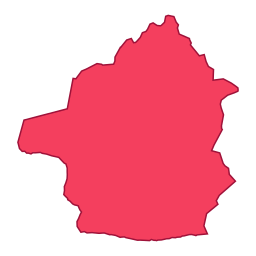 Bokkos, Plateau, Nigeria
{"feature_id": "59680162B1032840889978", "entity_name": "Bokkos", "entity_type": "district", "adm_level": 2, "iso_a3": "NGA", "parent_name": "Nigeria", "parent_adm1": "Plateau", "projection": "robinson", "projection_center": [8.917, 9.236], "detail": "fine", "context": "isolated", "style": "filled", "palette": "rose", "viewbox_px": 256, "rotation_deg": 0, "n_neighbors": 0, "source": "geoboundaries", "source_scale": "gbopen_adm2", "svg_char_len": 2128}
<svg xmlns="http://www.w3.org/2000/svg" viewBox="0 0 256 256"><path d="M17.9,142.3L19.5,148.6L20.4,149.5L22.2,151.4L24.8,151.3L26.6,153.1L28.4,153.1L31.0,153.9L32.7,152.8L35.2,152.8L40.4,152.4L42.2,153.3L46.6,154.1L51.8,155.8L54.5,156.4L57.6,157.1L58.8,157.4L61.5,160.3L64.2,163.1L66.0,164.0L66.2,164.8L67.2,168.0L67.2,171.8L67.3,174.7L67.1,178.7L65.9,182.7L64.3,186.7L64.4,187.7L64.5,190.5L63.8,194.6L65.4,196.3L65.6,196.5L67.6,198.4L67.7,199.7L70.1,201.2L71.9,203.1L72.8,204.0L74.6,204.9L78.1,205.7L78.9,207.6L79.8,209.7L81.5,212.0L80.2,214.5L79.4,216.5L78.6,218.5L77.0,221.6L77.1,224.5L77.2,226.5L79.0,229.3L80.9,232.2L84.4,231.6L87.0,232.9L92.2,232.6L92.7,232.7L99.1,233.3L101.7,233.1L104.3,233.0L109.6,234.7L111.3,234.6L115.6,235.4L120.1,237.3L121.4,237.1L124.4,236.9L125.8,237.6L130.0,238.5L130.4,238.6L134.0,239.4L134.8,239.6L137.5,240.2L140.1,240.1L146.0,240.4L149.6,240.6L151.3,239.5L153.9,240.3L155.3,240.3L156.6,240.6L157.9,240.1L160.0,240.0L161.5,239.9L164.2,239.3L166.8,238.7L168.2,238.7L169.4,238.6L171.0,237.9L172.0,237.5L173.5,237.6L175.5,237.7L177.1,237.2L178.9,237.1L180.6,237.0L182.3,236.0L184.0,235.9L189.2,234.6L191.8,234.5L193.8,235.0L195.3,235.3L195.9,235.6L197.1,234.9L207.4,233.9L203.9,225.9L206.6,213.6L217.9,204.3L216.3,200.7L219.3,195.3L235.4,181.2L229.3,174.4L228.5,168.3L225.0,165.9L223.2,163.5L219.7,152.9L211.6,150.7L214.0,145.0L222.3,129.5L221.6,128.5L221.5,126.3L221.4,126.1L223.5,114.8L221.1,107.7L220.3,104.1L221.3,100.1L227.6,95.2L234.5,92.7L237.9,91.2L238.1,90.2L237.9,87.9L236.0,86.4L231.3,83.1L223.3,78.9L213.1,80.2L213.5,69.5L208.4,66.5L206.1,61.6L204.2,54.6L199.3,55.8L190.4,44.9L191.2,43.0L189.6,39.7L189.4,38.5L179.2,34.1L177.4,28.0L178.4,24.9L176.2,22.2L173.9,16.6L168.2,15.4L165.7,16.3L164.5,22.3L161.3,25.4L160.5,25.8L157.1,25.5L153.1,22.9L150.0,24.1L147.6,29.2L145.9,31.5L142.4,32.7L140.3,37.4L137.1,41.0L135.5,42.5L134.1,42.6L133.6,42.7L131.3,38.5L126.7,40.0L120.7,47.4L120.4,47.3L115.0,57.1L114.9,61.1L113.6,64.2L102.7,65.1L101.6,64.3L97.0,63.6L86.1,69.2L81.6,71.1L75.9,78.8L73.1,78.4L67.3,108.8L24.0,120.1L17.9,142.3Z" fill="#f43f5e" stroke="#9f1239" stroke-width="1.5"/></svg>